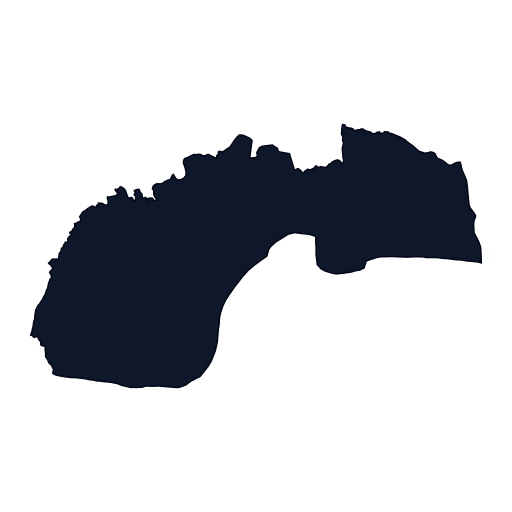 the district of Kang Meas, Kâmpóng Cham, Cambodia
{"feature_id": "14789045B63152664596772", "entity_name": "Kang Meas", "entity_type": "district", "adm_level": 2, "iso_a3": "KHM", "parent_name": "Cambodia", "parent_adm1": "Kâmpóng Cham", "projection": "natural_earth1", "projection_center": [105.15, 11.935], "detail": "fine", "context": "isolated", "style": "filled", "palette": "ink", "viewbox_px": 512, "rotation_deg": 0, "n_neighbors": 0, "source": "geoboundaries", "source_scale": "gbopen_adm2", "svg_char_len": 6015}
<svg xmlns="http://www.w3.org/2000/svg" viewBox="0 0 512 512"><path d="M30.7,335.1L31.9,335.4L33.2,336.5L33.8,337.3L35.2,337.0L36.7,336.5L37.4,336.8L38.1,337.7L38.9,339.5L39.6,340.8L40.8,341.4L40.8,344.9L41.7,345.5L44.5,346.2L45.2,346.7L45.2,349.5L45.7,354.2L45.6,356.5L46.3,357.7L47.7,359.7L48.8,362.7L49.9,363.9L51.1,364.7L52.1,366.5L53.5,369.2L52.8,373.3L53.6,373.9L55.9,375.0L59.4,375.8L65.2,376.8L70.9,377.5L76.5,377.7L84.4,378.6L89.2,379.6L94.9,380.3L95.7,380.8L101.0,381.2L103.7,381.6L108.6,382.0L111.7,382.4L117.7,383.7L121.6,385.3L130.5,387.4L137.0,387.4L142.5,387.1L145.7,386.0L148.3,386.1L153.8,386.2L158.5,386.0L174.2,387.3L178.1,387.5L182.0,386.4L186.3,384.7L188.0,383.1L190.8,381.2L196.8,378.0L199.7,376.7L200.3,376.2L208.1,366.3L211.1,361.3L214.1,354.0L215.4,350.3L217.3,341.8L218.3,329.4L219.1,324.2L219.5,317.4L220.0,315.6L220.2,313.9L221.1,311.0L222.8,306.0L225.2,300.8L228.2,296.0L234.4,287.1L242.5,276.7L248.1,270.4L254.5,265.0L262.4,259.2L266.8,256.2L268.6,249.6L270.7,246.5L275.7,242.0L288.3,234.1L294.7,232.6L302.2,233.6L307.6,234.1L310.5,234.6L315.8,236.5L315.8,243.1L316.1,246.5L316.1,254.5L317.3,264.6L320.9,268.6L325.1,271.0L332.5,273.2L336.3,273.9L343.7,273.1L350.9,272.1L355.6,270.7L359.8,270.0L364.1,267.9L366.2,261.1L368.6,260.1L377.1,257.3L380.3,256.8L391.7,256.5L403.3,257.0L406.7,257.1L416.2,256.7L423.6,256.9L425.9,257.5L435.4,257.5L438.5,257.7L442.5,258.3L448.6,258.7L456.0,259.7L461.0,259.9L466.7,260.9L472.0,261.3L475.6,261.7L479.1,262.2L481.3,262.9L481.2,258.4L480.9,251.6L480.6,247.4L480.1,245.6L478.8,242.1L477.2,238.6L475.7,236.0L474.0,232.6L473.6,223.9L474.2,219.8L475.3,217.6L475.6,215.9L474.5,213.8L470.3,208.0L469.0,205.0L467.6,190.4L467.3,186.4L466.8,182.9L466.4,180.2L462.1,170.0L461.3,167.1L461.0,165.1L460.0,162.1L457.9,162.3L455.4,163.0L451.1,165.3L448.5,165.0L447.6,164.5L445.5,162.6L443.3,161.0L441.6,160.0L440.0,159.4L437.4,158.1L436.8,157.5L435.1,153.9L433.6,152.6L430.6,151.9L428.2,152.7L425.0,153.2L421.4,152.1L418.7,151.1L413.1,146.1L407.4,142.0L405.1,139.9L399.9,137.0L391.2,133.4L390.2,133.7L389.1,132.9L388.6,132.4L387.3,131.8L385.4,131.9L384.4,131.6L384.0,132.4L383.2,133.1L382.7,133.7L381.4,133.1L380.6,133.5L379.8,133.0L379.5,131.9L378.6,132.2L377.2,132.3L376.5,132.6L375.3,133.6L373.9,133.7L372.2,133.6L371.0,132.5L370.2,132.0L365.6,130.8L364.8,130.2L364.1,130.1L363.7,129.4L363.0,129.3L362.3,128.9L360.8,129.1L360.4,129.8L359.5,129.8L358.6,129.6L355.8,130.4L354.8,130.4L353.4,130.2L353.2,129.3L352.7,128.7L351.9,128.5L351.2,128.1L350.4,128.3L346.2,127.2L345.1,126.0L345.0,125.0L342.6,124.5L342.2,126.0L341.7,130.1L341.7,132.3L341.4,133.8L343.2,137.5L342.7,138.1L342.6,140.4L342.8,141.2L343.4,141.9L343.4,143.1L343.4,143.9L343.1,144.6L343.0,145.5L342.7,146.3L342.5,147.4L342.3,148.1L342.3,149.0L343.1,158.2L343.4,159.1L343.6,160.0L343.5,163.1L342.8,163.5L340.6,161.9L339.5,160.7L337.5,159.9L335.4,160.5L333.4,161.4L331.7,162.4L330.9,163.7L330.0,164.0L329.3,163.9L328.1,165.5L327.3,166.1L325.7,167.6L324.7,167.5L323.0,167.0L322.2,167.1L320.9,166.6L320.1,167.2L318.7,167.1L317.9,167.5L317.2,167.0L316.7,166.1L316.0,165.9L315.2,166.4L314.7,167.3L314.1,168.0L309.9,170.1L308.8,169.4L307.7,169.3L306.7,169.8L305.7,170.7L304.9,171.1L304.1,171.9L303.8,172.6L303.2,173.4L302.0,172.4L301.0,170.8L299.9,170.0L299.1,169.2L298.3,168.8L297.6,168.7L296.3,169.3L294.6,170.6L290.6,157.6L289.5,153.7L278.9,151.8L278.3,151.2L277.5,148.4L276.9,147.9L274.4,146.5L272.4,145.0L262.2,146.3L259.7,147.5L259.1,148.3L257.4,151.4L256.8,152.9L257.0,153.9L257.3,154.6L257.3,155.6L257.1,156.3L256.6,157.0L255.4,157.5L254.2,157.8L253.0,157.8L251.8,158.0L250.8,157.8L249.8,157.3L252.0,140.4L249.8,138.3L243.8,135.5L241.4,135.0L239.4,135.0L236.8,137.3L233.8,141.4L229.6,147.5L227.2,148.7L224.7,150.7L222.9,151.7L220.5,151.6L219.2,151.3L218.6,151.6L218.3,152.4L218.6,153.2L218.6,154.2L217.0,155.3L216.7,156.1L216.7,157.3L215.9,158.1L213.2,156.9L208.3,154.4L206.7,154.9L204.8,155.8L202.3,155.8L201.8,155.1L200.7,154.5L198.8,154.2L196.8,154.8L195.4,154.5L193.4,154.6L188.5,157.1L186.2,158.1L184.7,158.6L184.0,159.6L183.3,162.2L184.0,164.6L185.0,167.3L185.6,169.7L186.2,172.7L185.8,175.8L184.0,178.0L180.5,179.8L177.4,179.9L175.4,177.9L173.3,174.4L172.2,175.5L170.5,179.4L167.4,180.4L164.8,181.6L162.2,183.6L159.8,183.9L156.6,183.8L154.4,185.0L153.0,186.5L152.4,188.8L153.9,190.7L153.7,192.4L153.9,194.9L154.9,197.1L156.4,198.7L156.1,200.2L155.2,200.5L153.6,200.4L152.8,198.5L151.0,198.0L148.1,198.4L148.0,200.4L147.0,200.2L146.6,198.5L145.4,197.4L143.6,198.2L142.3,197.5L142.2,195.7L141.8,193.8L140.4,192.7L139.0,189.3L136.2,189.7L134.3,190.8L135.0,192.2L134.9,193.8L134.2,194.7L135.7,196.6L135.9,198.5L135.0,199.8L134.5,201.3L133.3,200.6L132.6,198.3L131.7,197.5L130.0,198.0L128.5,197.9L127.6,196.7L125.5,190.9L124.6,189.2L122.4,187.5L120.3,186.7L118.8,188.6L117.8,188.9L117.8,190.2L115.5,189.1L115.1,189.8L117.3,192.8L118.0,192.9L117.4,194.1L117.8,195.2L116.8,194.9L115.1,196.1L113.7,195.9L112.2,196.6L111.2,196.5L109.7,197.1L107.7,196.8L107.2,198.2L108.3,200.9L108.0,202.4L108.1,204.4L106.7,205.0L105.1,205.1L102.0,203.3L100.7,203.2L98.3,203.1L98.4,205.3L97.1,205.0L96.5,205.9L96.0,207.2L95.2,207.4L94.3,206.9L93.5,206.2L91.9,206.1L87.4,208.8L86.2,210.0L82.9,211.9L79.6,216.8L80.2,217.5L80.6,218.5L80.6,221.2L78.0,222.1L76.7,223.1L74.5,223.7L74.9,226.1L74.6,226.9L74.0,228.1L72.5,229.7L72.2,231.0L70.1,232.1L69.8,233.2L71.0,234.2L71.9,234.7L72.1,235.6L70.0,235.8L68.2,237.9L67.6,239.5L68.0,240.9L67.8,242.1L65.3,242.2L64.9,243.6L63.8,244.8L63.2,246.4L63.1,247.4L61.4,248.4L61.2,250.9L59.3,253.4L59.0,256.1L58.6,257.9L57.8,259.2L52.6,259.1L51.3,260.0L50.5,261.4L48.6,263.0L49.4,264.1L50.8,264.9L52.6,268.1L52.8,269.0L51.2,270.3L49.6,272.3L51.6,276.3L51.3,278.0L50.0,279.3L49.8,280.4L49.3,281.4L48.5,283.6L48.0,286.5L47.5,288.6L46.5,290.2L45.3,294.3L43.9,296.4L42.7,299.1L40.6,302.1L39.6,304.0L38.4,305.0L37.3,306.9L35.7,310.3L34.8,316.7L34.7,319.1L33.8,321.3L33.0,327.1L32.4,328.9L32.4,330.2L31.6,332.0L31.5,333.2L30.7,335.1Z" fill="#0f172a" stroke="#020617" stroke-width="1.5"/></svg>